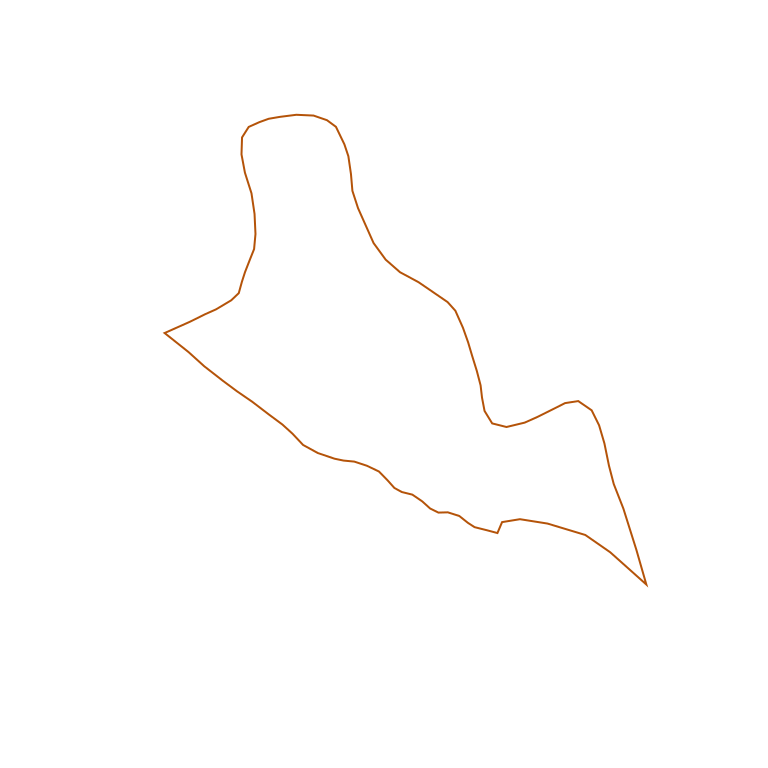 outline of Louetsi-Wano, Ngounié, Gabon, rotated 336°
{"feature_id": "22940354B18924798450478", "entity_name": "Louetsi-Wano", "entity_type": "district", "adm_level": 2, "iso_a3": "GAB", "parent_name": "Gabon", "parent_adm1": "Ngounié", "projection": "robinson", "projection_center": [11.582, -2.167], "detail": "fine", "context": "isolated", "style": "outline", "palette": "amber", "viewbox_px": 768, "rotation_deg": 336, "n_neighbors": 0, "source": "geoboundaries", "source_scale": "gbopen_adm2", "svg_char_len": 1266}
<svg xmlns="http://www.w3.org/2000/svg" viewBox="0 0 768 768"><g transform="rotate(336 384 384)"><path d="M542.1,673.9L547.1,638.2L552.0,595.2L553.2,568.8L556.3,550.1L561.2,527.9L563.7,509.2L563.0,492.5L554.5,478.6L541.6,475.1L526.9,475.8L510.9,476.5L496.8,476.5L478.4,473.1L466.8,464.0L464.9,449.5L468.0,436.3L471.7,424.5L474.1,409.9L476.0,393.9L477.8,380.1L479.0,364.8L479.0,346.1L475.4,335.0L457.0,305.1L444.1,288.4L436.1,271.1L431.8,251.0L431.8,231.5L431.8,212.8L433.7,194.7L439.2,178.8L444.1,161.4L445.3,148.9L444.7,129.5L439.2,119.8L428.8,110.1L413.4,102.4L397.5,97.6L386.5,94.8L376.7,94.1L365.0,94.1L354.6,101.0L347.2,116.3L342.9,134.4L340.5,155.9L334.9,176.0L327.6,194.7L320.2,207.9L312.3,215.6L302.5,225.3L295.7,232.9L288.3,241.9L278.5,245.4L260.8,247.5L249.1,247.5L231.9,248.2L204.3,248.2L218.4,275.3L227.0,294.7L238.1,315.5L246.7,330.8L256.5,346.8L266.3,364.8L274.7,379.7L280.2,392.2L285.3,406.8L295.5,420.2L308.4,432.1L315.9,437.5L325.3,442.8L335.1,451.7L343.8,461.9L348.1,473.5L351.2,483.2L356.3,489.9L364.9,496.6L371.2,506.8L375.5,516.5L381.4,523.6L390.1,527.2L399.1,535.2L404.2,545.0L408.5,551.6L418.7,559.6L427.0,566.3L435.7,558.2L453.2,562.8L476.6,578.0L506.5,603.8L522.2,629.7L542.1,673.9Z" fill="none" stroke="#b45309" stroke-width="2"/></g></svg>